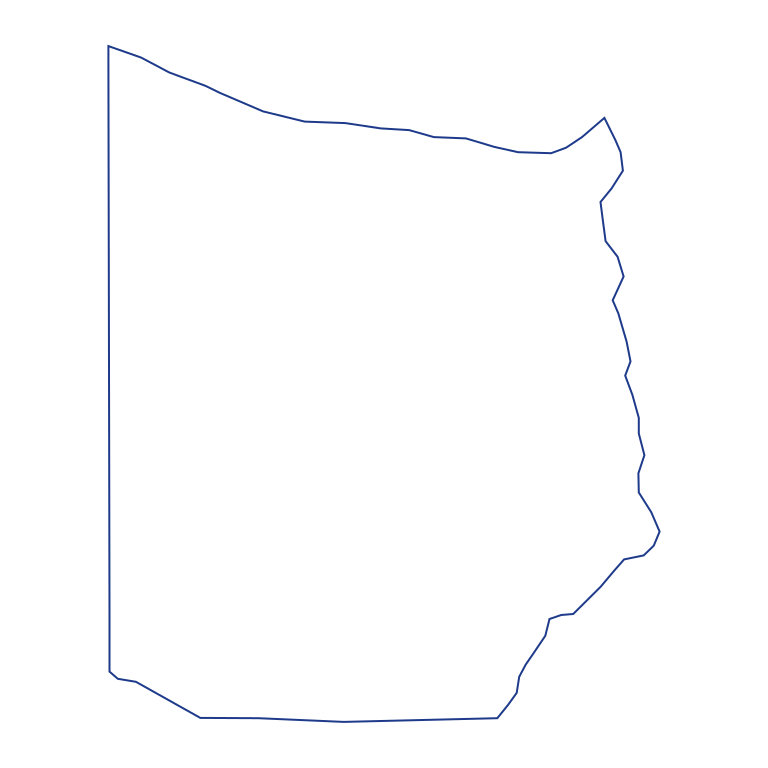 the district of Santo Antônio do Caiuá, Paraná, Brazil
{"feature_id": "56859067B63646792478521", "entity_name": "Santo Antônio do Caiuá", "entity_type": "district", "adm_level": 2, "iso_a3": "BRA", "parent_name": "Brazil", "parent_adm1": "Paraná", "projection": "mercator", "projection_center": [-52.325, -22.693], "detail": "fine", "context": "isolated", "style": "outline", "palette": "blue", "viewbox_px": 768, "rotation_deg": 0, "n_neighbors": 0, "source": "geoboundaries", "source_scale": "gbopen_adm2", "svg_char_len": 899}
<svg xmlns="http://www.w3.org/2000/svg" viewBox="0 0 768 768"><path d="M108.4,46.1L108.4,63.3L109.5,617.2L109.5,671.6L117.8,678.8L135.9,681.8L200.3,717.9L258.3,718.2L343.7,721.9L497.3,718.2L507.9,705.1L516.7,692.9L519.2,676.8L525.7,664.6L532.8,654.3L545.3,635.8L549.5,619.0L561.2,615.0L573.2,614.0L600.5,586.9L614.6,570.2L624.1,559.4L643.7,555.4L653.8,545.6L659.6,531.6L651.3,512.3L638.8,492.5L638.4,473.3L644.4,455.2L638.8,433.5L638.8,417.9L632.4,394.9L625.2,375.6L630.5,361.4L626.6,341.6L618.3,313.3L612.7,300.3L623.6,276.5L617.6,256.8L605.6,241.2L602.8,220.0L600.5,202.0L611.6,188.4L622.9,170.7L620.6,152.2L615.3,139.9L604.4,117.9L582.0,137.1L566.1,147.7L551.1,153.2L518.1,152.2L494.3,146.9L465.9,138.4L433.8,137.1L409.1,130.1L380.7,128.4L345.5,123.1L304.7,121.6L263.1,111.4L219.9,92.9L205.6,85.9L179.0,76.1L168.9,72.3L141.2,57.6L108.4,46.1Z" fill="none" stroke="#1e3a8a" stroke-width="2"/></svg>